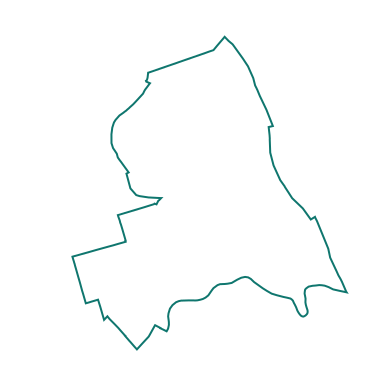 outline of Oltenita, Calarasi, Romania, rotated 258°
{"feature_id": "2599482B1187163066673", "entity_name": "Oltenita", "entity_type": "district", "adm_level": 2, "iso_a3": "ROU", "parent_name": "Romania", "parent_adm1": "Calarasi", "projection": "orthographic", "projection_center": [26.67, 44.114], "detail": "fine", "context": "isolated", "style": "outline", "palette": "teal", "viewbox_px": 384, "rotation_deg": 258, "n_neighbors": 0, "source": "geoboundaries", "source_scale": "gbopen_adm2", "svg_char_len": 3068}
<svg xmlns="http://www.w3.org/2000/svg" viewBox="0 0 384 384"><g transform="rotate(258 192 192)"><path d="M61.7,322.4L62.5,322.1L73.0,320.0L76.4,319.1L80.0,317.9L84.6,316.9L99.1,313.5L108.2,313.5L121.6,311.1L137.6,308.2L138.3,308.0L141.4,307.2L142.1,307.1L140.4,302.5L152.9,297.0L165.1,288.7L177.4,284.0L178.0,283.8L178.3,283.8L181.5,282.4L185.2,280.8L201.0,277.3L214.2,276.7L227.4,279.0L228.1,279.2L231.5,279.7L239.6,280.5L239.7,284.8L257.0,281.9L271.9,278.3L278.4,277.1L279.1,276.9L280.1,276.7L283.1,275.9L290.6,275.6L303.3,272.9L312.2,269.4L327.9,262.5L329.0,261.7L329.5,261.3L329.7,261.1L332.3,259.1L337.0,256.2L336.2,255.2L329.8,246.9L326.3,242.5L325.8,238.1L325.2,233.8L321.8,206.5L321.5,204.4L319.9,191.3L317.8,174.3L317.8,173.9L313.3,172.4L312.6,172.1L311.7,171.6L311.1,171.3L310.9,171.0L310.4,170.5L310.3,170.1L309.5,170.2L307.1,173.5L306.2,172.4L305.3,171.4L303.2,169.0L302.1,167.7L301.1,166.7L299.7,165.6L299.2,165.2L298.4,164.6L292.0,155.6L290.0,152.7L287.6,148.5L287.1,147.8L286.0,145.7L285.3,144.6L284.4,142.5L283.9,141.6L281.9,136.9L278.4,132.2L276.2,130.1L271.5,127.4L265.2,125.2L256.5,123.4L251.4,123.9L245.1,126.4L241.2,126.6L237.9,128.0L236.5,128.7L224.3,134.1L223.6,131.7L217.9,132.0L208.3,132.5L200.6,136.8L198.9,139.8L195.7,148.4L192.8,159.2L192.5,160.6L190.8,158.1L190.3,157.1L187.3,154.7L188.4,152.9L188.2,152.7L188.0,152.3L187.0,141.7L184.8,114.7L183.3,114.8L181.0,115.1L179.8,115.3L178.6,115.4L177.6,115.4L176.9,115.4L175.2,115.7L170.5,116.1L158.2,117.0L158.1,116.6L157.1,116.7L156.6,108.9L156.2,103.6L156.0,99.7L155.2,86.3L154.7,79.2L153.6,61.6L153.3,61.6L150.7,61.8L148.8,62.0L146.9,62.1L146.5,62.2L144.0,62.3L141.4,62.5L132.4,63.1L127.1,63.5L118.3,64.0L115.0,64.3L105.2,65.0L105.4,68.1L105.7,71.2L105.8,72.7L106.2,77.7L98.9,78.4L85.2,79.4L88.0,83.4L87.6,83.6L86.7,84.0L86.2,84.3L85.0,84.9L82.3,86.6L78.9,88.8L74.1,91.8L73.5,92.1L71.5,93.2L65.7,96.5L65.3,96.8L65.2,96.6L59.0,100.0L58.2,100.5L55.5,102.0L52.6,103.6L51.4,104.3L50.4,104.9L49.5,105.4L54.0,111.7L59.5,119.5L59.9,119.9L61.6,121.4L69.2,128.0L69.4,128.2L65.5,132.9L65.3,132.7L63.2,135.5L61.0,138.2L61.4,138.6L61.9,139.0L62.5,139.5L63.3,140.2L65.5,141.2L66.9,141.8L67.5,141.9L69.5,142.3L70.3,142.4L75.3,142.8L78.2,143.8L82.5,146.2L85.4,149.4L87.5,153.5L88.0,156.4L88.0,158.8L86.7,166.0L85.9,169.8L85.2,172.8L84.9,174.8L84.9,177.8L85.1,180.4L85.9,183.3L87.5,186.5L91.5,190.7L93.5,193.0L95.6,197.6L96.0,200.3L95.2,205.0L94.9,207.8L94.8,211.9L96.8,217.9L97.9,222.4L97.9,226.3L96.8,229.2L94.7,231.5L91.0,234.0L83.0,241.3L79.6,244.8L76.0,248.8L73.4,253.5L70.4,259.5L68.8,263.1L67.3,266.2L66.2,267.2L64.8,268.1L62.3,268.6L60.3,269.2L57.5,269.9L54.1,270.4L51.9,271.1L49.8,272.0L48.2,273.0L47.4,274.0L47.0,274.9L47.1,275.8L47.6,277.4L48.6,278.9L49.3,279.6L50.4,280.1L51.3,280.3L52.4,280.4L54.1,280.2L56.2,280.0L58.3,279.9L60.5,280.0L64.1,280.9L67.2,281.0L69.1,281.0L70.5,281.4L72.7,282.2L73.5,282.9L74.1,283.9L75.2,286.4L75.2,290.4L74.8,293.6L74.5,297.1L73.8,299.6L72.8,302.3L70.6,305.8L67.4,309.8L64.5,316.1L63.0,319.5L61.7,322.4Z" fill="none" stroke="#0f766e" stroke-width="2"/></g></svg>